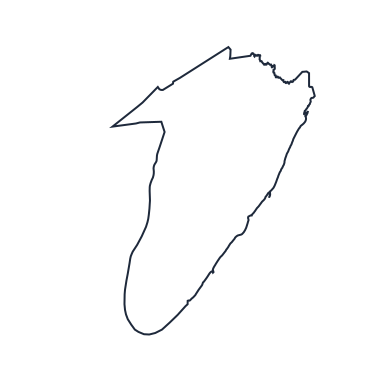 Sveitarfélagið Árborg, Suðurland, Iceland, rotated 285°
{"feature_id": "244011B44443724675216", "entity_name": "Sveitarfélagið Árborg", "entity_type": "district", "adm_level": 2, "iso_a3": "ISL", "parent_name": "Iceland", "parent_adm1": "Suðurland", "projection": "natural_earth1", "projection_center": [-20.988, 63.9], "detail": "fine", "context": "isolated", "style": "outline", "palette": "slate", "viewbox_px": 384, "rotation_deg": 285, "n_neighbors": 0, "source": "geoboundaries", "source_scale": "gbopen_adm2", "svg_char_len": 5849}
<svg xmlns="http://www.w3.org/2000/svg" viewBox="0 0 384 384"><g transform="rotate(285 192 192)"><path d="M284.6,131.8L265.6,121.1L260.0,117.1L234.6,98.3L243.7,120.2L245.7,123.7L251.9,144.2L248.0,146.7L242.9,150.0L227.1,149.1L219.9,148.6L218.2,148.7L213.8,149.6L212.6,149.7L211.1,149.4L210.0,149.0L208.5,148.6L206.9,148.5L205.0,148.7L202.0,149.8L199.9,150.3L198.2,150.5L195.8,150.5L193.2,150.0L189.8,149.7L187.1,149.7L185.8,149.9L182.1,150.8L172.9,153.6L164.9,155.2L158.7,156.2L154.6,156.7L151.2,156.8L146.5,156.6L136.1,154.9L126.7,152.7L119.1,150.2L116.6,149.8L114.0,149.5L111.6,149.6L107.1,150.1L96.4,151.1L89.5,151.6L80.2,152.6L75.8,153.4L66.2,155.8L60.8,157.8L56.7,159.9L52.5,162.9L48.1,167.7L44.3,172.4L43.0,176.5L42.2,182.4L43.3,187.6L46.3,193.0L51.3,198.6L60.0,204.2L69.5,209.9L80.1,215.3L82.4,216.8L85.8,216.0L86.2,216.5L86.5,217.8L86.8,218.1L89.0,219.3L90.5,220.4L93.3,221.9L94.2,222.1L99.5,223.8L104.3,225.7L105.2,225.9L107.4,226.0L108.3,226.6L109.0,226.9L112.9,228.4L115.3,229.2L117.3,229.8L118.6,230.3L119.6,230.9L120.2,231.4L120.6,231.9L120.6,232.2L120.4,232.5L119.6,233.1L119.8,233.2L119.8,233.3L120.2,233.5L121.9,232.5L122.5,232.2L123.6,232.3L124.8,232.5L126.6,233.0L127.5,233.3L128.7,233.6L131.9,234.6L135.4,235.8L137.0,236.5L138.0,237.2L139.0,237.7L144.0,239.8L144.7,239.9L145.4,240.1L145.9,240.4L147.3,240.9L148.4,241.3L149.7,241.6L152.2,242.4L153.8,243.4L156.1,244.4L158.1,245.3L158.9,245.4L159.4,245.6L160.8,246.5L161.8,247.4L162.7,248.9L162.9,249.3L163.8,250.8L164.4,251.3L166.5,252.4L168.8,253.1L171.5,253.6L176.0,253.8L177.6,253.8L179.3,253.9L180.0,253.7L181.5,252.8L182.8,252.8L184.3,254.4L184.7,255.1L184.8,255.2L185.1,255.3L185.3,255.5L185.1,255.8L186.3,256.1L187.4,256.7L188.3,257.2L189.4,257.5L189.9,257.8L191.5,258.3L193.4,259.0L194.1,259.4L195.4,260.1L200.8,262.2L202.6,263.3L203.8,263.9L204.8,264.2L205.5,264.3L205.9,264.2L208.4,265.2L210.1,265.7L210.9,266.0L211.1,266.2L209.7,267.1L211.0,266.5L211.9,266.8L212.1,267.0L210.5,267.8L209.7,267.9L208.3,268.0L207.6,267.9L207.3,267.9L207.3,268.0L207.5,268.1L208.4,268.2L209.5,268.2L212.7,267.2L214.0,268.1L217.0,269.6L217.8,269.8L219.6,270.2L223.7,270.7L226.6,270.9L228.8,271.2L229.9,271.2L233.8,271.7L235.2,272.2L236.7,272.3L237.6,272.5L238.9,273.0L240.5,273.2L241.9,273.6L243.6,273.7L244.3,273.7L245.8,273.4L246.8,273.4L248.8,273.4L250.9,273.6L253.2,273.7L254.6,274.0L256.0,274.4L257.2,274.5L258.8,274.7L261.0,275.2L261.8,275.2L263.5,275.7L266.1,275.9L267.3,276.1L269.5,276.2L276.2,277.6L277.9,278.0L281.4,279.0L281.9,279.4L282.6,279.6L283.3,279.7L284.1,280.0L285.8,281.3L287.2,282.2L289.2,283.1L290.4,283.3L291.6,283.3L292.6,283.1L293.3,282.8L294.2,282.2L294.7,281.7L295.0,281.7L295.4,282.0L295.2,282.5L296.8,282.8L297.9,283.1L299.0,283.1L299.4,283.1L299.4,282.9L298.6,282.5L298.0,282.0L297.6,281.6L297.7,281.1L297.2,280.6L296.5,280.3L296.4,280.1L297.0,279.9L297.6,279.9L298.0,280.2L298.3,280.3L298.8,280.2L299.0,279.9L299.3,279.9L299.7,280.0L300.1,280.5L301.6,280.9L302.3,281.3L303.9,281.8L304.6,281.8L305.0,281.8L305.0,282.1L305.1,282.3L305.6,282.5L306.5,282.5L306.9,282.7L307.2,283.0L308.2,283.0L310.0,283.3L310.5,283.1L311.2,282.7L311.8,282.5L313.1,282.7L313.7,283.1L314.0,283.5L314.2,284.3L314.5,284.7L314.9,285.0L316.2,285.5L316.4,285.7L316.9,285.5L324.3,281.1L324.4,280.9L324.4,280.6L324.4,279.6L324.0,279.0L324.0,278.5L324.0,278.3L324.3,277.9L324.5,277.7L337.1,274.3L338.1,271.6L336.6,267.5L327.2,262.5L326.6,261.2L326.3,261.1L325.4,261.2L324.9,261.1L324.6,260.8L324.7,260.5L324.1,260.1L324.1,259.5L324.6,259.2L324.6,258.9L324.3,258.6L323.5,258.3L323.2,258.1L321.7,257.6L321.9,257.1L322.2,256.8L322.2,256.7L322.9,256.3L323.1,256.0L323.1,255.9L323.1,255.7L322.8,255.5L322.3,255.0L321.7,254.8L321.5,254.6L321.5,254.4L321.8,254.0L322.4,253.8L322.6,253.5L322.6,253.4L322.3,253.2L322.1,252.9L322.0,252.6L322.2,252.4L322.1,252.2L322.3,252.0L322.4,251.8L322.6,251.6L323.1,251.3L323.6,251.2L323.4,250.8L323.4,250.6L323.5,250.4L323.5,250.1L324.3,248.9L324.6,248.3L324.8,248.1L324.8,247.9L324.9,247.6L325.3,247.3L325.1,246.9L325.2,246.2L324.8,246.0L324.7,245.8L324.8,245.7L325.1,245.6L325.6,245.1L325.6,244.8L325.5,244.5L325.2,244.3L325.0,244.1L324.7,243.8L324.5,243.6L324.5,243.3L326.2,242.7L326.2,242.4L326.0,242.2L326.1,241.8L326.2,241.7L326.8,241.3L327.3,241.2L327.9,240.9L328.1,240.6L328.3,240.6L328.4,240.2L328.4,239.9L328.5,239.8L329.1,239.4L329.5,239.4L329.9,239.6L330.5,239.3L330.8,239.1L331.1,239.1L332.0,239.9L332.1,240.0L332.8,240.0L333.1,239.9L334.6,239.4L335.7,239.1L335.8,238.8L335.7,238.8L335.3,238.5L335.1,238.0L335.0,237.8L334.1,237.7L333.7,237.5L333.1,237.0L333.2,236.8L334.0,236.7L334.1,236.3L334.7,236.1L335.0,235.6L335.4,235.4L335.1,234.9L335.1,234.5L335.3,234.4L335.5,234.1L335.5,233.8L335.8,233.2L335.7,232.8L336.5,231.9L336.5,231.7L335.9,231.5L335.8,231.3L334.4,231.0L334.3,230.9L334.2,230.7L334.8,230.4L334.8,230.2L334.7,229.8L334.5,229.6L334.4,229.1L333.7,229.0L333.6,228.8L333.6,228.7L333.8,228.5L334.3,228.3L334.5,228.0L334.5,227.9L334.5,227.6L334.6,227.2L335.1,226.8L335.4,226.4L335.4,226.2L335.5,226.1L336.0,225.7L336.4,225.3L336.3,225.1L336.1,224.9L336.2,224.6L336.0,224.1L336.8,223.7L337.3,223.2L337.5,223.0L338.1,223.0L338.7,222.7L339.4,222.7L340.0,222.3L340.8,222.4L341.2,222.7L341.4,222.6L341.8,222.3L341.8,222.1L341.6,221.7L341.4,221.6L341.1,221.3L341.1,221.0L341.1,220.9L341.6,220.5L341.6,220.4L340.8,220.0L340.5,219.7L340.9,219.3L340.8,219.1L340.5,218.9L340.5,218.7L340.7,218.4L340.7,218.2L340.4,218.1L340.3,217.8L340.2,217.7L339.9,217.6L339.2,217.5L339.0,217.4L339.5,216.8L340.7,216.7L340.6,216.4L340.9,216.2L341.1,215.9L341.4,215.7L341.6,215.5L341.6,215.1L341.4,214.9L341.7,214.7L341.8,214.6L341.6,214.2L341.2,213.8L340.9,213.7L338.7,213.2L330.5,194.1L333.3,193.8L339.5,192.4L341.4,189.6L299.1,150.8L293.7,145.3L291.7,145.6L283.0,137.4L282.6,135.7L282.8,133.9L284.6,131.8Z" fill="none" stroke="#1e293b" stroke-width="2"/></g></svg>